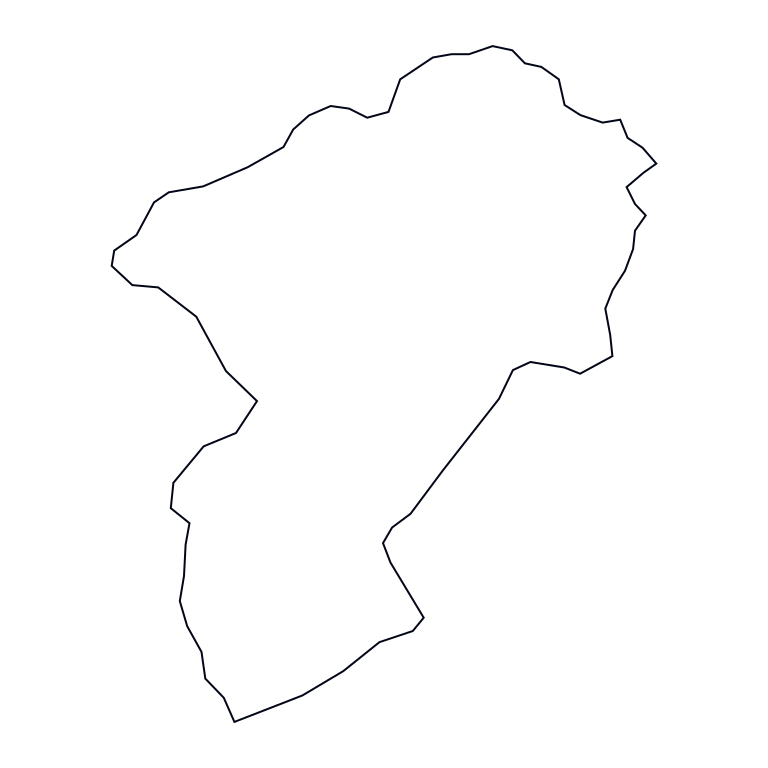 Maturéia, Paraíba, Brazil
{"feature_id": "56859067B73053227370482", "entity_name": "Maturéia", "entity_type": "district", "adm_level": 2, "iso_a3": "BRA", "parent_name": "Brazil", "parent_adm1": "Paraíba", "projection": "mercator", "projection_center": [-37.357, -7.292], "detail": "fine", "context": "isolated", "style": "outline", "palette": "ink", "viewbox_px": 768, "rotation_deg": 0, "n_neighbors": 0, "source": "geoboundaries", "source_scale": "gbopen_adm2", "svg_char_len": 1042}
<svg xmlns="http://www.w3.org/2000/svg" viewBox="0 0 768 768"><path d="M234.4,721.9L302.3,695.5L343.3,671.1L379.5,642.1L412.8,631.0L423.7,617.7L390.5,562.6L383.0,543.1L392.1,527.5L410.5,513.8L442.8,470.5L499.0,398.8L512.9,370.1L530.4,362.0L564.3,367.5L580.1,373.7L612.4,356.1L610.2,335.0L605.3,308.6L612.7,290.0L625.0,270.8L633.1,249.0L635.0,230.7L645.7,215.4L635.0,204.0L626.6,187.1L643.4,172.8L656.3,163.6L642.5,147.7L627.6,137.9L620.2,119.7L602.7,122.6L580.4,115.1L564.6,105.0L558.8,79.3L541.3,66.9L524.9,63.3L512.3,50.3L492.6,46.1L469.0,54.2L451.5,54.2L432.8,57.5L400.2,79.3L388.5,111.9L367.2,117.7L349.1,108.6L330.7,106.0L309.0,115.4L293.2,129.5L283.5,147.0L247.7,167.2L203.1,186.4L168.8,192.3L154.0,202.4L146.5,216.4L136.5,235.0L114.2,250.6L111.7,265.9L132.3,285.1L158.2,287.4L196.3,316.7L212.8,347.0L226.0,371.1L257.0,401.1L236.0,433.0L203.7,446.3L173.4,482.8L170.8,508.2L189.5,523.2L185.6,544.7L184.0,576.0L179.8,601.1L187.2,626.2L201.5,651.9L205.3,678.6L223.8,697.8L234.4,721.9Z" fill="none" stroke="#020617" stroke-width="2"/></svg>